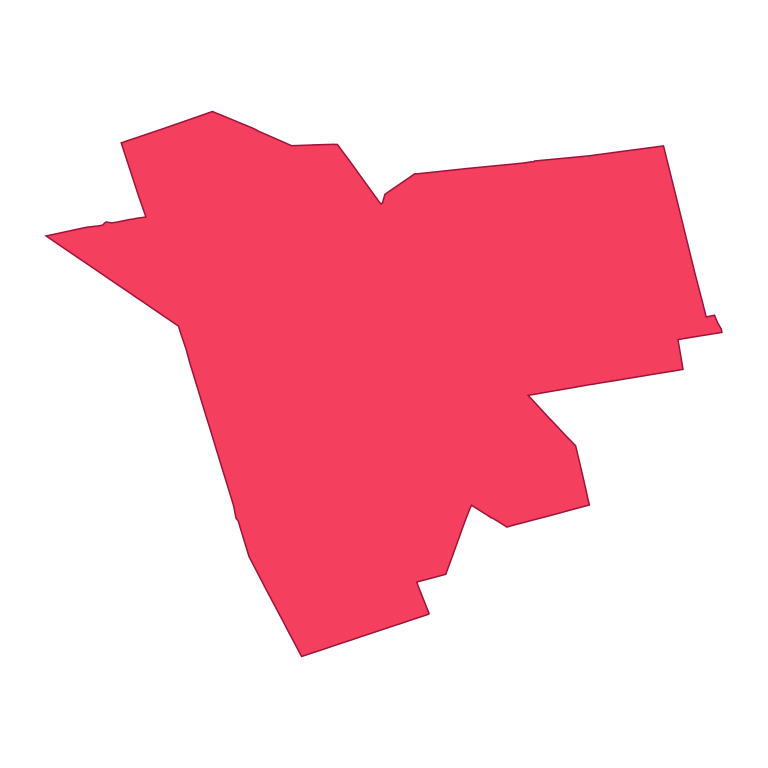 Teremia Mare, Timis, Romania (Albers equal-area conic projection)
{"feature_id": "2599482B72352087772427", "entity_name": "Teremia Mare", "entity_type": "district", "adm_level": 2, "iso_a3": "ROU", "parent_name": "Romania", "parent_adm1": "Timis", "projection": "albers", "projection_center": [20.537, 45.943], "detail": "fine", "context": "isolated", "style": "filled", "palette": "rose", "viewbox_px": 768, "rotation_deg": 0, "n_neighbors": 0, "source": "geoboundaries", "source_scale": "gbopen_adm2", "svg_char_len": 2330}
<svg xmlns="http://www.w3.org/2000/svg" viewBox="0 0 768 768"><path d="M683.0,369.4L680.9,356.7L678.0,339.6L691.5,337.3L721.9,332.4L721.3,329.1L717.5,322.5L717.3,321.9L715.2,317.0L714.5,315.2L712.3,315.7L706.2,316.9L702.3,301.5L694.9,273.1L674.3,189.4L663.5,145.9L587.2,156.0L554.5,159.1L534.5,161.0L533.0,162.1L531.7,161.7L523.7,163.0L508.5,164.5L497.9,165.5L467.2,168.5L416.1,173.9L414.7,173.8L385.0,194.2L382.5,202.7L381.0,204.0L379.0,201.6L348.8,159.8L342.2,151.0L339.0,146.6L337.4,144.4L334.4,144.6L334.4,144.3L312.6,144.9L312.2,145.0L291.6,145.7L259.0,131.4L254.0,128.7L212.4,111.5L160.7,129.5L121.2,142.8L128.3,164.6L138.7,196.3L145.9,217.0L136.3,218.3L132.9,219.1L129.4,219.5L117.7,222.0L111.7,222.9L106.1,222.0L105.2,222.5L102.8,224.9L101.8,225.3L98.4,225.9L86.8,227.2L77.3,229.2L52.8,234.5L46.1,236.0L54.6,241.8L63.8,248.1L73.4,254.6L82.5,260.8L91.8,267.1L100.9,273.3L110.4,279.8L119.5,286.0L128.1,291.8L136.5,297.6L145.3,303.5L153.9,309.4L162.6,315.3L168.3,319.2L178.5,326.1L181.1,334.6L183.3,341.0L185.9,348.6L187.8,355.3L189.5,361.9L193.2,374.0L196.9,386.1L197.9,389.2L201.7,401.9L206.2,416.5L210.6,430.6L214.6,443.8L218.3,456.0L223.0,471.2L226.5,482.6L231.4,498.4L233.7,506.1L236.0,518.3L238.3,521.1L240.4,528.3L243.1,537.2L246.2,547.3L249.0,556.5L256.5,571.0L261.9,581.3L264.8,587.0L268.6,594.2L274.8,605.8L277.7,611.3L278.8,613.3L283.4,622.0L287.9,630.7L292.7,639.7L297.1,648.0L301.6,656.5L312.1,653.0L322.2,649.7L332.4,646.2L342.9,642.7L352.2,639.7L361.8,636.4L371.8,633.1L384.2,629.0L393.4,625.9L401.5,623.3L410.0,620.4L418.8,617.5L428.2,614.4L429.1,613.7L424.3,601.5L419.7,589.9L416.7,582.1L426.0,579.6L437.6,576.5L445.8,574.3L446.2,573.1L449.2,564.9L452.7,555.4L455.9,546.5L459.4,536.8L462.7,527.6L464.6,522.3L466.3,517.8L469.8,509.0L471.5,505.3L478.7,509.8L488.3,515.8L488.3,516.0L490.4,517.0L490.5,517.6L491.5,517.8L492.8,518.4L494.2,519.1L495.3,519.8L505.3,526.0L506.9,527.1L514.8,524.8L523.9,522.5L531.6,520.4L545.7,516.8L558.0,513.5L571.0,509.9L585.1,506.1L589.4,505.0L587.5,497.1L586.8,493.7L583.8,480.4L580.4,465.8L577.2,452.3L575.6,445.7L568.9,438.9L563.8,433.6L551.8,420.8L547.9,416.8L532.4,399.9L528.1,395.4L538.4,393.6L543.9,392.6L571.4,387.9L587.6,385.0L593.8,384.1L598.2,383.3L615.7,380.5L625.2,378.9L652.5,374.4L679.4,370.0L683.0,369.4Z" fill="#f43f5e" stroke="#9f1239" stroke-width="1.5"/></svg>